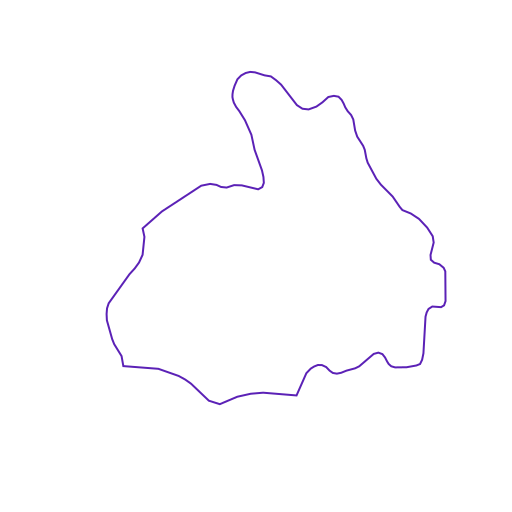 Yamanashi, Robinson projection, rotated 154°
{"feature_id": "JPN-1861", "entity_name": "Yamanashi", "entity_type": "Prefecture", "adm_level": 1, "iso_a3": "JPN", "parent_name": "Japan", "parent_adm1": "", "projection": "robinson", "projection_center": [138.508, 35.557], "detail": "fine", "context": "isolated", "style": "outline", "palette": "violet", "viewbox_px": 512, "rotation_deg": 154, "n_neighbors": 0, "source": "natural_earth", "source_scale": "10m", "svg_char_len": 1672}
<svg xmlns="http://www.w3.org/2000/svg" viewBox="0 0 512 512"><g transform="rotate(154 256 256)"><path d="M155.9,87.0L159.9,87.3L169.4,90.0L179.8,94.9L182.8,97.6L184.1,100.8L184.4,103.8L184.5,108.2L185.4,112.4L188.4,115.5L193.1,116.4L211.6,111.6L216.2,111.6L224.9,113.3L230.6,113.7L234.9,114.8L238.2,117.2L240.1,120.7L241.6,125.4L244.6,129.1L248.2,130.9L252.2,131.2L256.1,130.8L262.1,128.6L280.7,112.9L309.5,130.0L321.1,134.5L334.5,137.7L353.5,138.7L361.8,146.6L370.4,169.8L373.8,176.0L378.1,182.1L393.2,197.4L423.5,215.2L420.7,225.0L422.1,238.9L421.7,244.4L418.2,263.6L415.7,269.4L412.8,274.3L409.1,278.1L377.7,295.1L370.4,298.0L364.0,301.4L357.4,306.8L347.9,322.1L345.8,330.5L321.0,337.3L274.4,343.2L265.6,340.9L260.3,337.2L257.2,333.4L252.4,330.4L244.6,329.3L237.8,325.7L224.8,315.0L220.2,315.2L216.9,318.3L214.7,323.7L213.1,330.3L210.7,352.1L207.0,367.0L206.4,382.8L207.5,393.6L208.5,398.7L208.7,403.6L208.1,407.0L207.5,409.2L206.2,411.7L204.2,414.6L200.5,418.5L195.2,423.0L190.1,424.8L185.0,425.0L180.5,424.0L176.4,421.5L169.1,414.6L163.9,410.9L160.9,405.2L158.3,398.9L153.1,373.7L149.7,368.0L144.5,364.7L136.2,363.8L128.9,365.0L121.3,367.2L115.8,365.8L112.0,363.0L110.6,358.7L110.4,354.6L110.6,350.5L110.1,345.9L108.7,341.0L108.7,336.1L111.9,325.3L112.7,318.9L111.4,308.0L111.7,303.8L114.0,295.4L114.7,290.9L114.0,272.7L112.5,265.4L107.1,249.5L105.3,237.2L104.3,233.1L98.2,226.3L93.2,217.8L89.7,206.5L88.5,196.3L90.4,190.2L98.7,180.4L100.5,176.0L98.8,171.9L94.8,168.2L92.5,163.1L92.6,159.2L105.4,132.4L108.6,129.2L112.1,128.9L119.7,133.3L124.1,132.8L127.3,130.5L130.2,127.2L148.2,95.1L152.2,89.9L155.9,87.0Z" fill="none" stroke="#5b21b6" stroke-width="2"/></g></svg>